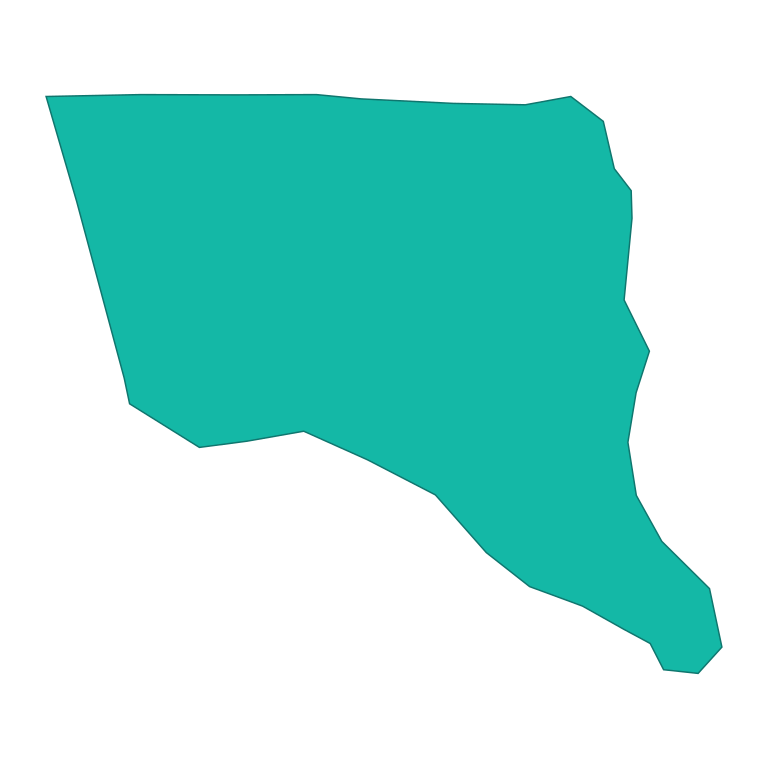 Bayaut, Sirdaryo, Uzbekistan (Robinson projection)
{"feature_id": "79887680B47457060484858", "entity_name": "Bayaut", "entity_type": "district", "adm_level": 2, "iso_a3": "UZB", "parent_name": "Uzbekistan", "parent_adm1": "Sirdaryo", "projection": "robinson", "projection_center": [68.989, 40.333], "detail": "fine", "context": "isolated", "style": "filled", "palette": "teal", "viewbox_px": 768, "rotation_deg": 0, "n_neighbors": 0, "source": "geoboundaries", "source_scale": "gbopen_adm2", "svg_char_len": 556}
<svg xmlns="http://www.w3.org/2000/svg" viewBox="0 0 768 768"><path d="M709.5,588.6L661.8,541.4L636.3,495.4L627.9,442.3L636.1,392.7L649.4,351.2L624.1,300.0L632.0,218.3L631.2,190.7L614.3,168.7L603.3,121.4L570.8,96.5L525.3,104.8L453.3,103.4L361.3,98.9L316.4,94.6L235.4,94.9L140.8,94.6L46.1,96.5L76.8,201.9L124.2,378.1L129.6,403.8L199.4,447.4L246.9,441.2L303.7,431.2L367.5,459.8L435.4,494.9L486.3,552.6L529.6,586.6L582.5,606.1L624.0,629.4L650.2,643.5L663.6,669.7L698.1,673.4L721.9,647.1L709.5,588.6Z" fill="#14b8a6" stroke="#0f766e" stroke-width="1.5"/></svg>